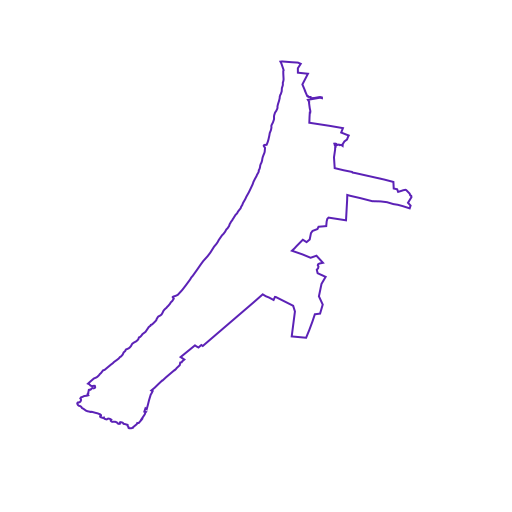 the district of Saulkrasti, Saulkrastu, Latvia, rotated 14°
{"feature_id": "27541924B54567786635158", "entity_name": "Saulkrasti", "entity_type": "district", "adm_level": 2, "iso_a3": "LVA", "parent_name": "Latvia", "parent_adm1": "Saulkrastu", "projection": "robinson", "projection_center": [24.41, 57.259], "detail": "fine", "context": "isolated", "style": "outline", "palette": "violet", "viewbox_px": 512, "rotation_deg": 14, "n_neighbors": 0, "source": "geoboundaries", "source_scale": "gbopen_adm2", "svg_char_len": 6082}
<svg xmlns="http://www.w3.org/2000/svg" viewBox="0 0 512 512"><g transform="rotate(14 256 256)"><path d="M232.7,61.5L234.0,63.0L237.5,68.4L237.9,69.3L237.7,69.9L238.4,72.6L240.0,77.8L240.2,79.4L240.1,81.4L240.6,83.2L240.7,84.1L240.5,86.8L241.1,90.1L241.0,91.3L240.9,92.8L240.6,93.7L240.5,95.7L240.8,97.1L240.8,100.2L240.6,103.1L240.6,104.9L240.7,106.0L241.0,106.9L241.0,107.9L240.5,110.4L239.8,112.2L239.6,114.9L239.7,116.2L240.2,118.0L240.4,119.3L240.1,122.5L239.8,123.6L239.5,125.0L239.4,125.9L239.6,126.7L239.9,127.6L240.0,129.2L240.0,130.6L239.6,133.3L239.8,136.1L239.9,139.8L239.8,142.5L239.4,145.5L238.8,145.8L238.1,145.9L237.7,146.0L237.0,146.5L236.9,146.8L236.8,147.1L236.9,147.3L237.2,147.7L238.0,148.3L238.6,148.9L239.2,152.7L239.2,153.8L238.8,156.6L238.6,158.5L238.6,159.7L238.8,162.0L238.7,164.1L238.4,165.2L238.3,165.9L238.2,167.2L238.4,168.8L238.4,170.0L238.3,170.9L238.0,172.0L238.0,172.5L238.2,173.2L238.1,174.3L237.3,177.1L237.2,178.2L236.3,181.5L235.6,184.7L235.4,187.2L234.2,193.3L233.6,196.1L232.3,200.8L231.9,203.0L231.5,204.5L230.6,207.6L230.3,210.0L229.7,211.7L229.5,213.5L228.6,215.4L227.7,217.5L227.5,218.6L226.9,220.0L226.3,220.8L226.1,221.3L225.8,222.3L225.4,223.4L224.9,225.1L224.5,226.0L224.3,227.1L223.8,228.1L223.4,229.1L223.2,230.1L222.9,230.9L222.7,231.8L222.7,232.8L222.6,233.5L221.6,236.2L220.9,237.2L220.6,238.1L220.2,239.8L219.1,242.4L218.0,244.2L217.4,245.8L216.0,249.5L215.4,251.9L214.6,254.0L213.1,257.0L210.9,263.7L209.1,267.9L206.1,273.5L204.5,277.4L202.2,283.5L199.4,290.6L198.4,292.5L197.8,294.6L195.1,301.2L192.6,306.9L189.5,312.6L187.7,314.1L185.7,315.3L185.2,315.8L185.1,316.0L185.3,316.3L185.5,316.5L186.2,316.9L186.5,317.2L186.4,317.7L185.6,320.0L184.6,321.5L184.0,323.4L182.7,326.0L182.2,326.6L182.0,327.2L181.5,328.2L180.9,328.9L180.0,330.4L179.4,331.8L179.1,333.5L178.5,335.6L177.6,336.8L175.9,338.3L175.5,339.1L174.8,341.4L174.8,342.3L174.3,343.4L172.8,345.9L171.7,347.6L170.6,348.3L170.5,349.2L169.7,350.1L169.0,351.1L168.7,352.1L167.1,356.4L164.7,359.3L164.2,360.7L163.4,362.2L162.8,362.9L162.2,363.2L162.1,363.4L161.9,365.4L161.1,366.8L160.1,368.1L158.7,369.3L157.2,371.0L156.9,371.9L156.5,373.6L155.7,375.2L154.8,376.4L153.4,377.5L152.6,378.0L152.4,378.4L152.2,378.9L152.1,379.8L150.9,381.6L150.5,383.9L149.3,386.2L148.4,387.0L147.6,388.7L146.1,390.6L144.8,392.1L143.8,393.3L143.0,394.7L141.5,396.5L136.6,403.2L135.3,403.9L133.9,407.1L133.0,408.4L132.6,409.5L131.3,411.6L130.3,412.6L128.3,414.1L124.8,419.1L123.9,420.5L125.1,420.7L126.9,421.8L128.6,421.9L130.2,421.1L131.0,421.0L131.7,422.2L131.6,422.8L131.1,423.3L130.5,423.7L129.1,423.8L128.6,424.2L128.3,424.7L128.2,425.2L127.7,425.8L127.3,426.0L126.7,426.0L126.2,426.3L126.3,429.0L126.5,429.6L126.1,430.1L126.0,430.8L126.6,431.2L127.0,431.7L125.6,432.5L123.1,433.5L121.8,434.6L120.4,435.5L120.0,436.7L120.7,437.2L121.1,438.1L121.0,439.2L120.7,440.0L119.8,440.8L118.6,441.2L118.2,442.1L118.6,442.5L118.7,443.1L119.5,443.8L120.5,444.2L121.7,444.2L122.6,444.5L123.0,444.7L123.9,445.6L125.5,446.0L128.5,447.2L130.2,447.4L131.8,447.3L133.1,447.4L133.5,447.3L133.5,447.1L134.5,446.9L137.7,447.0L140.6,447.0L141.7,447.2L143.0,447.3L144.1,447.9L144.2,448.3L143.5,449.1L143.7,449.7L144.4,450.0L147.4,450.2L147.6,449.7L148.2,450.4L148.6,450.6L149.6,450.7L150.6,450.7L150.8,450.6L151.2,450.1L151.9,449.5L153.0,449.4L153.8,449.4L155.1,449.8L154.8,450.4L154.9,451.0L155.0,451.1L156.4,451.7L156.6,451.7L157.8,451.3L159.6,450.9L160.2,451.0L161.1,451.1L162.6,452.0L163.0,452.1L163.8,452.0L164.5,451.7L164.5,451.4L164.2,451.0L164.2,450.7L164.2,450.4L164.4,450.1L164.6,450.0L165.4,450.0L165.9,449.9L166.7,450.0L167.1,450.1L167.9,450.6L168.1,450.9L169.4,450.8L172.2,450.9L172.4,451.7L173.2,452.3L173.7,452.9L173.7,453.4L174.0,453.7L174.3,453.8L174.8,453.8L176.9,453.2L178.1,452.4L178.0,452.1L181.0,448.0L181.2,446.8L181.5,446.8L182.6,446.4L184.5,442.7L184.8,442.0L184.4,442.0L186.4,436.5L186.5,434.9L186.9,434.0L185.3,434.0L185.6,430.5L187.0,431.1L187.1,427.0L187.1,421.8L187.4,415.9L187.8,414.8L188.4,412.1L187.0,411.8L189.5,408.4L192.4,403.7L195.1,399.5L195.4,399.5L198.0,395.5L204.6,386.3L204.8,386.4L205.5,385.4L206.1,384.0L208.4,380.4L208.3,377.7L209.6,377.1L209.8,376.2L211.5,373.8L207.3,372.3L218.4,357.5L220.0,358.1L222.3,358.7L224.5,355.6L226.1,356.2L264.3,302.4L271.8,291.6L275.4,292.7L278.5,293.1L283.7,294.4L284.3,291.1L285.1,291.0L304.1,295.3L307.2,300.4L310.1,325.4L324.4,323.2L325.6,315.0L326.6,306.0L327.2,298.3L332.1,296.4L332.5,287.0L326.8,279.9L326.3,267.2L328.6,259.4L320.0,257.8L319.8,257.5L318.5,255.0L318.3,254.6L318.5,254.2L319.2,253.0L319.2,252.0L319.1,251.0L318.2,250.1L318.2,249.7L318.2,249.2L318.6,248.6L319.5,247.9L322.6,246.4L314.6,241.1L309.4,244.5L300.7,243.2L289.6,242.2L291.5,239.3L292.9,236.7L297.5,228.9L301.7,230.3L304.1,227.0L303.8,220.5L304.8,218.0L309.1,215.0L309.6,212.5L316.9,210.0L316.2,205.4L316.2,202.8L317.1,201.2L334.7,199.6L330.9,179.7L329.8,174.7L332.7,174.8L343.1,174.6L355.5,174.7L363.6,172.9L370.1,172.1L376.8,172.4L381.2,172.0L386.2,172.1L393.6,172.6L393.8,169.7L390.6,167.6L392.6,161.3L392.0,160.0L391.7,160.0L391.1,159.9L390.7,159.4L390.0,158.3L386.3,156.0L385.7,155.7L385.0,155.6L382.9,156.6L381.7,157.4L378.4,159.4L376.8,157.1L373.3,157.2L371.4,150.9L361.9,150.8L332.2,151.5L329.5,151.7L328.9,151.2L320.4,151.6L311.1,151.7L307.8,141.4L307.0,133.5L306.6,131.8L306.5,130.8L306.7,130.7L305.8,129.6L306.4,129.4L305.0,128.0L305.5,127.8L306.8,127.8L307.6,128.3L307.7,128.5L308.0,128.6L309.5,127.8L310.4,128.2L311.4,127.7L312.0,127.8L312.1,127.7L312.4,127.4L312.5,127.3L312.7,127.9L313.4,128.2L313.1,126.3L314.1,123.4L316.1,121.0L316.5,118.0L316.8,116.7L308.8,115.6L309.4,110.9L295.9,111.9L275.5,113.8L274.2,107.6L273.5,103.8L273.9,103.7L273.8,103.0L273.7,102.3L272.4,99.6L271.6,97.6L270.3,94.3L270.4,93.7L268.6,91.9L279.4,87.1L280.4,86.9L281.8,86.9L281.6,86.2L280.2,86.2L279.0,86.5L273.4,89.0L273.2,88.9L271.1,89.8L270.5,88.5L268.3,89.0L267.6,88.2L267.0,88.4L263.6,84.0L263.7,83.9L259.5,78.3L262.3,66.6L252.3,68.0L251.2,63.7L252.9,58.7L249.9,58.2L243.4,59.4L234.3,60.9L232.7,61.5Z" fill="none" stroke="#5b21b6" stroke-width="2"/></g></svg>